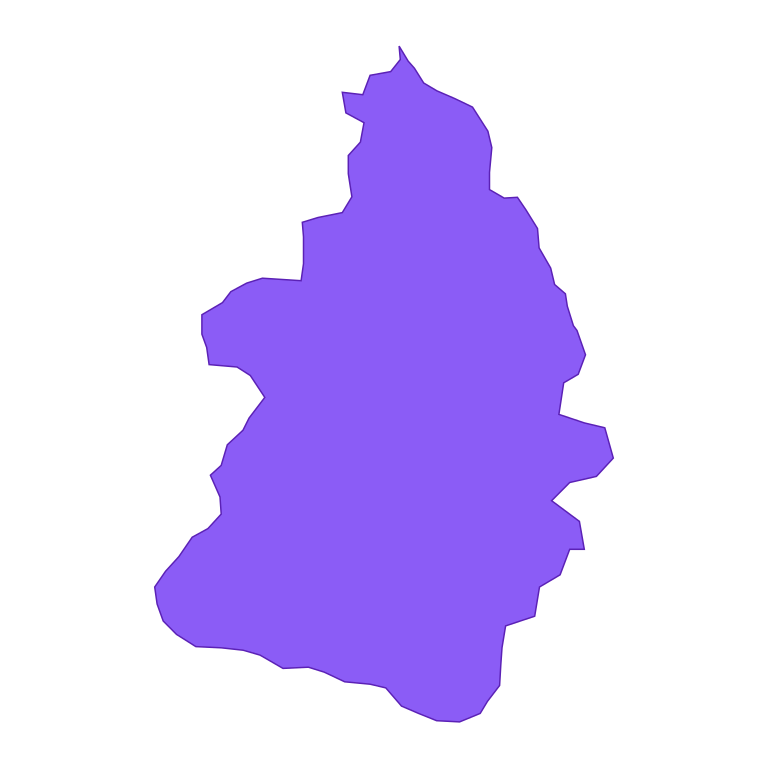 Palaikythro, Cyprus
{"feature_id": "46923920B63602794647925", "entity_name": "Palaikythro", "entity_type": "district", "adm_level": 2, "iso_a3": "CYP", "parent_name": "Cyprus", "parent_adm1": "", "projection": "mercator", "projection_center": [33.49, 35.188], "detail": "fine", "context": "isolated", "style": "filled", "palette": "violet", "viewbox_px": 768, "rotation_deg": 0, "n_neighbors": 0, "source": "geoboundaries", "source_scale": "gbopen_adm2", "svg_char_len": 1345}
<svg xmlns="http://www.w3.org/2000/svg" viewBox="0 0 768 768"><path d="M209.1,364.6L237.0,367.0L250.3,375.5L264.8,397.4L249.1,418.0L243.0,430.2L227.3,444.8L221.2,465.4L210.4,475.2L220.0,497.0L221.2,514.1L207.9,528.6L192.2,537.2L178.9,556.6L165.6,571.2L154.7,587.0L157.1,604.0L163.2,621.0L176.5,634.4L195.8,646.6L221.2,647.8L243.0,650.2L260.0,655.1L283.0,668.4L308.4,667.2L324.1,672.1L344.7,681.8L370.1,684.2L385.8,687.9L401.5,706.1L418.5,713.4L436.6,720.7L459.6,721.9L480.2,713.4L487.5,701.3L499.6,685.5L500.8,664.8L502.0,647.8L505.6,625.9L534.7,616.2L539.5,587.0L560.1,574.8L569.7,549.3L584.3,549.3L579.4,521.4L551.6,500.7L569.7,482.5L596.4,476.4L613.3,458.1L604.8,427.8L584.3,422.9L558.9,414.4L563.7,382.8L578.2,374.3L585.5,354.8L577.0,330.5L573.4,325.7L567.3,306.2L565.4,293.8L554.6,284.5L550.7,268.1L539.1,247.9L537.5,228.5L525.9,209.8L517.4,197.3L504.2,198.1L489.5,189.6L489.5,172.4L491.8,147.6L487.9,131.2L472.5,107.1L454.6,98.5L436.8,90.8L423.7,83.0L414.4,68.2L408.2,61.2L399.1,46.1L400.3,59.5L390.7,71.6L370.1,75.3L362.8,94.7L342.3,92.3L345.9,112.9L364.0,122.7L360.4,142.1L348.3,155.5L348.3,173.7L351.9,196.8L342.3,212.6L318.0,217.5L302.3,222.3L303.5,236.9L303.5,263.7L301.1,280.7L262.4,278.2L246.7,283.1L230.9,291.6L222.5,302.6L201.9,314.7L201.9,334.2L206.7,347.5L209.1,364.6Z" fill="#8b5cf6" stroke="#5b21b6" stroke-width="1.5"/></svg>